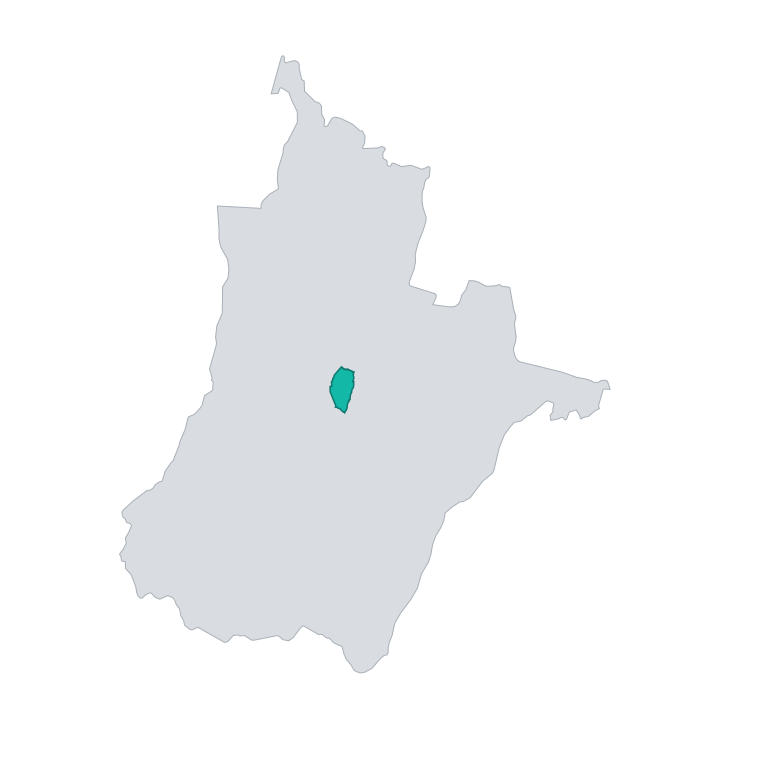 Lodja, Kasaï-Oriental, Democratic Republic of the Congo (highlighted), rotated 195°
{"feature_id": "63176286B24830189223330", "entity_name": "Lodja", "entity_type": "district", "adm_level": 2, "iso_a3": "COD", "parent_name": "Democratic Republic of the Congo", "parent_adm1": "Kasaï-Oriental", "projection": "equal_earth", "projection_center": [23.394, -3.517], "detail": "fine", "context": "in_parent", "style": "filled", "palette": "teal", "viewbox_px": 768, "rotation_deg": 195, "n_neighbors": 0, "source": "geoboundaries", "source_scale": "gbopen_adm2", "svg_char_len": 6826}
<svg xmlns="http://www.w3.org/2000/svg" viewBox="0 0 768 768"><g transform="rotate(195 384 384)"><path d="M591.0,512.8L548.3,521.8L549.1,525.1L548.7,528.5L547.6,531.1L543.3,538.2L536.8,544.7L536.8,546.2L539.9,553.5L541.9,563.4L541.3,580.9L542.2,585.6L542.0,589.3L539.8,593.4L535.4,614.4L538.2,624.5L546.5,634.0L551.4,641.0L559.7,643.5L561.0,643.2L561.5,637.3L568.1,635.1L567.8,672.4L567.3,674.5L566.1,674.9L564.5,673.7L564.1,670.2L562.3,668.7L554.3,673.2L552.2,673.1L550.0,672.3L548.4,670.4L547.9,667.6L542.3,656.8L539.5,656.0L536.5,646.2L523.8,639.0L519.0,638.5L516.4,636.3L514.0,628.6L509.7,623.6L508.8,618.1L508.0,617.3L505.4,618.5L503.1,627.2L500.2,629.2L495.0,629.4L482.0,626.9L472.7,622.4L470.3,622.7L466.6,618.7L465.1,612.0L465.9,606.8L465.2,606.0L451.0,610.4L447.6,613.0L444.4,612.3L443.4,610.9L444.8,607.4L444.1,603.5L443.0,601.7L438.8,600.3L437.5,596.1L434.9,595.5L434.1,596.1L433.5,599.0L431.9,599.9L423.4,598.5L414.6,602.2L402.8,601.2L397.1,605.6L396.3,605.5L395.1,603.3L394.0,596.2L394.6,594.2L396.3,592.8L396.9,590.0L396.3,582.6L396.8,580.9L396.2,576.6L394.4,569.9L391.9,564.4L386.6,556.1L385.6,552.2L385.9,543.0L387.6,528.3L387.4,517.4L385.2,510.3L384.7,502.6L386.1,488.9L384.7,485.6L357.7,484.4L356.6,483.4L356.1,481.5L357.3,473.3L340.8,475.4L335.9,477.0L332.9,480.3L331.9,484.5L331.8,490.5L329.3,496.1L328.6,505.8L324.1,506.9L319.5,506.9L310.7,504.8L302.2,507.5L298.0,510.1L295.8,508.9L288.2,509.9L287.2,509.2L278.3,490.1L274.3,483.8L273.6,480.7L273.9,477.7L272.8,473.8L268.7,464.0L267.9,459.4L268.1,452.3L267.6,449.9L263.9,443.7L261.4,441.7L258.7,440.6L214.6,441.5L199.9,440.3L189.3,441.1L183.9,440.6L182.4,439.7L177.5,441.0L175.0,443.6L171.2,444.9L168.8,444.4L164.2,437.3L170.4,436.1L170.9,435.4L171.2,418.4L169.5,416.0L172.9,413.1L178.2,405.6L183.4,402.9L184.1,401.4L185.3,401.5L187.2,404.6L191.7,408.7L197.3,405.1L197.9,404.1L198.6,396.8L200.0,396.2L202.4,397.8L203.8,397.8L206.2,395.7L213.4,392.0L215.5,396.7L213.6,400.9L214.5,403.9L214.7,408.5L215.9,409.6L221.5,410.1L223.2,409.0L234.4,392.2L237.3,390.3L242.0,383.7L248.3,380.6L251.0,375.4L254.6,366.0L256.2,352.5L255.5,329.2L256.1,326.0L263.6,315.5L271.4,296.4L276.6,291.4L280.6,289.4L286.7,282.4L291.5,275.3L290.9,266.9L292.0,259.9L294.6,251.0L295.5,241.5L294.6,231.6L295.0,223.5L298.6,210.5L298.9,195.6L302.2,183.1L308.6,167.3L311.7,155.5L311.1,143.8L312.0,135.2L311.7,130.2L310.5,125.8L311.1,123.1L313.6,121.9L316.6,117.6L322.1,106.1L328.0,100.6L332.1,98.8L336.3,99.0L339.1,100.0L343.6,104.5L348.8,108.0L352.6,112.5L356.4,119.4L365.6,121.0L369.5,123.5L371.9,124.4L372.8,123.8L374.7,124.1L379.0,126.2L382.5,125.1L399.4,129.6L401.3,127.4L406.1,115.4L409.6,111.3L415.4,110.9L420.0,113.2L422.4,113.2L443.2,102.9L445.9,102.4L453.5,104.9L458.4,103.3L460.4,103.8L464.6,102.0L468.1,94.8L471.0,93.1L500.9,100.8L505.5,97.0L507.6,96.6L514.3,99.4L516.3,103.8L520.3,107.5L523.2,113.8L527.6,117.3L529.9,120.6L532.5,122.9L538.0,123.7L544.9,118.1L549.8,118.7L554.7,121.8L556.3,121.6L560.0,118.3L562.0,114.8L563.9,114.1L566.8,115.6L569.1,118.9L571.2,123.7L578.8,134.4L586.0,138.9L587.8,145.5L590.4,144.9L591.8,145.5L593.7,149.7L595.0,150.5L595.2,152.2L593.4,156.1L591.7,163.6L594.0,168.2L592.1,174.9L591.2,181.9L593.5,183.6L596.6,183.5L599.4,187.1L601.5,187.6L603.8,191.5L603.3,194.6L596.2,205.9L585.5,219.7L581.8,221.4L580.0,223.9L578.7,228.0L575.5,231.4L573.1,232.8L572.9,242.7L569.3,253.1L567.9,255.2L566.0,272.0L566.3,274.9L564.3,288.7L564.6,301.4L559.4,305.5L555.9,311.8L554.3,316.1L554.3,326.6L548.4,332.9L548.0,334.4L549.5,341.7L551.6,342.9L551.6,345.4L556.4,353.3L556.1,377.5L556.3,379.9L558.8,385.7L560.5,396.7L558.6,410.6L565.0,436.2L562.1,445.6L563.4,454.5L567.3,463.9L576.4,473.2L578.8,477.0L581.1,482.1L583.2,490.1L591.0,512.8Z" fill="#d9dde1" stroke="#a8b0b8" stroke-width="1"/><path d="M424.9,349.1L424.0,349.3L423.4,349.3L423.0,349.2L422.3,348.8L422.0,348.7L420.3,348.7L420.0,348.6L419.5,348.6L419.3,348.5L419.0,348.0L418.3,347.5L417.7,347.2L417.2,346.9L416.5,346.6L416.0,346.4L415.6,346.5L415.4,346.4L414.5,346.0L414.5,346.5L414.5,347.1L414.3,347.7L413.7,348.8L413.7,349.1L413.6,350.4L413.6,351.1L413.4,351.4L413.5,351.7L413.6,352.1L413.7,352.7L413.7,353.2L413.9,353.8L414.0,354.7L414.1,355.6L414.1,355.9L414.0,356.3L413.9,356.6L413.7,357.0L413.4,357.6L413.3,358.0L413.3,358.3L413.5,358.6L413.8,358.8L414.0,358.9L413.9,359.0L413.7,359.3L413.2,359.7L413.2,359.8L412.8,360.1L412.9,360.6L412.9,360.9L413.0,361.4L413.2,361.9L413.3,362.4L413.3,363.1L413.4,363.4L413.5,363.7L413.5,364.0L413.5,364.3L413.6,364.8L413.6,365.1L413.5,365.5L413.4,366.1L413.3,366.6L413.2,366.8L413.2,367.3L413.1,367.8L413.2,368.4L413.5,369.4L413.6,369.7L413.6,370.0L413.5,370.3L413.4,370.6L413.2,371.1L413.1,371.4L412.9,372.0L412.7,372.5L412.7,373.1L412.8,373.7L412.9,374.1L413.0,374.5L413.0,375.0L413.1,375.5L413.2,376.2L413.4,376.7L413.5,377.1L413.9,377.5L414.1,377.9L414.1,378.2L414.0,378.4L414.4,378.3L414.7,378.2L414.9,378.2L415.0,378.3L415.0,378.5L414.9,379.0L414.8,379.4L414.7,380.0L414.6,381.3L414.7,381.9L414.9,382.5L415.1,382.9L415.3,383.5L415.5,383.8L415.9,384.2L416.1,384.5L416.1,384.8L416.1,385.0L416.1,385.3L416.1,385.5L416.1,385.8L416.2,386.0L416.2,386.4L416.3,386.4L416.3,386.5L416.3,386.8L416.2,387.0L416.1,387.3L416.1,387.5L416.2,387.4L416.3,387.3L416.7,387.4L417.0,387.2L417.6,387.6L417.5,387.8L417.9,387.8L418.1,387.9L418.3,388.2L418.6,388.2L418.9,387.9L419.0,387.9L419.1,388.0L419.3,388.0L419.5,388.2L419.6,388.3L419.8,388.4L420.1,388.3L420.5,388.3L420.6,388.5L420.8,388.6L421.0,388.6L421.3,388.6L421.5,388.5L421.6,388.4L422.0,388.3L422.2,388.5L422.4,388.4L422.5,388.5L422.6,388.8L422.6,389.0L422.8,389.0L422.9,388.7L423.1,388.8L423.4,388.7L423.6,388.7L423.8,388.5L423.9,388.1L424.0,388.1L424.1,388.3L424.3,388.4L424.5,388.4L424.7,388.2L424.9,388.2L425.0,388.4L425.3,388.2L425.5,388.2L425.8,388.1L425.8,387.9L426.2,388.0L426.4,388.2L426.6,388.3L426.7,388.5L426.8,388.5L426.9,388.4L427.2,388.3L427.4,388.3L427.5,388.4L427.6,388.5L427.7,388.4L427.8,388.2L428.0,388.3L428.1,388.6L428.2,388.9L428.3,389.1L428.5,389.0L429.0,389.3L429.3,389.1L429.5,389.1L429.7,389.3L429.9,388.6L430.1,388.1L430.4,387.8L430.5,387.6L434.2,379.9L434.3,379.5L434.3,378.7L434.3,378.2L434.2,377.8L434.2,377.5L434.2,377.2L434.4,377.1L434.7,376.4L434.8,376.0L434.9,375.6L434.8,375.3L434.7,375.0L434.5,374.6L434.5,374.2L434.7,373.7L434.8,373.4L435.1,373.3L435.2,372.6L435.1,371.9L435.1,371.5L434.5,370.5L434.5,370.2L434.3,369.3L434.1,368.7L434.0,368.2L434.3,368.0L434.7,368.0L435.0,367.9L435.4,367.6L435.4,367.3L435.1,366.9L435.0,366.3L434.8,365.6L434.4,364.0L434.2,363.4L434.1,363.0L434.0,362.6L433.5,361.9L433.1,361.3L432.6,360.8L432.6,360.7L431.2,358.9L430.4,357.8L429.6,356.7L429.0,355.9L428.7,355.5L428.4,355.1L427.2,353.5L426.4,352.6L426.0,352.0L425.7,351.6L425.3,351.1L425.0,350.7L424.9,350.2L424.8,349.6L424.9,349.1Z" fill="#14b8a6" stroke="#0f766e" stroke-width="1.5"/></g></svg>